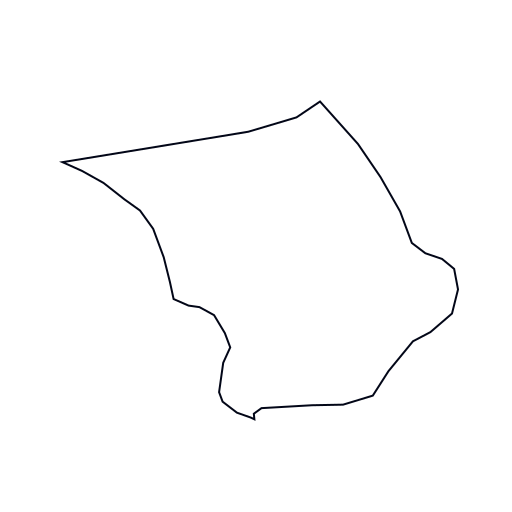 an SVG outline of Tearce, rotated 8°
{"feature_id": "MKD-2957", "entity_name": "Tearce", "entity_type": "Municipality", "adm_level": 1, "iso_a3": "MKD", "parent_name": "North Macedonia", "parent_adm1": "", "projection": "robinson", "projection_center": [21.028, 42.087], "detail": "fine", "context": "isolated", "style": "outline", "palette": "ink", "viewbox_px": 512, "rotation_deg": 8, "n_neighbors": 0, "source": "natural_earth", "source_scale": "10m", "svg_char_len": 676}
<svg xmlns="http://www.w3.org/2000/svg" viewBox="0 0 512 512"><g transform="rotate(8 256 256)"><path d="M179.2,150.2L231.1,134.0L276.8,113.1L297.9,94.1L341.4,130.9L368.3,160.5L392.5,191.8L408.5,221.4L423.3,229.7L440.6,233.0L454.0,241.2L460.7,261.0L458.1,285.7L439.3,307.1L423.3,318.6L403.2,351.6L391.1,378.0L362.9,391.1L332.2,396.0L282.6,405.9L275.8,412.5L277.1,417.9L273.2,416.7L258.9,413.8L243.2,404.9L238.4,396.0L238.4,379.7L238.4,366.3L243.2,350.1L235.9,336.7L222.7,320.4L207.1,314.5L196.1,314.5L180.4,310.1L174.4,293.8L164.8,270.1L150.4,243.4L134.8,227.1L117.8,218.2L94.9,204.9L72.0,196.0L51.3,190.0L179.2,150.2Z" fill="none" stroke="#020617" stroke-width="2"/></g></svg>